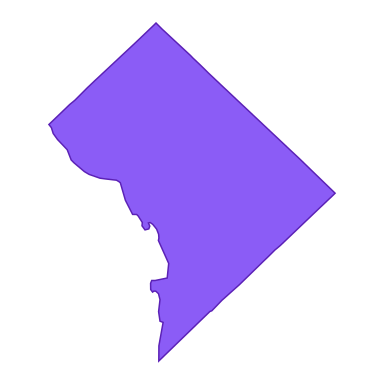 District of Columbia, District of Columbia, United States of America (Robinson projection)
{"feature_id": "52423323B55530972166869", "entity_name": "District of Columbia", "entity_type": "district", "adm_level": 2, "iso_a3": "USA", "parent_name": "United States of America", "parent_adm1": "District of Columbia", "projection": "robinson", "projection_center": [-77.036, 38.894], "detail": "fine", "context": "isolated", "style": "filled", "palette": "violet", "viewbox_px": 384, "rotation_deg": 0, "n_neighbors": 0, "source": "geoboundaries", "source_scale": "gbopen_adm2", "svg_char_len": 1077}
<svg xmlns="http://www.w3.org/2000/svg" viewBox="0 0 384 384"><path d="M48.9,124.5L51.4,127.7L53.2,133.5L57.6,139.6L67.2,149.7L71.2,160.0L74.2,163.0L84.4,171.6L89.1,174.4L100.0,178.2L105.2,178.9L116.5,180.2L119.0,181.7L120.3,182.7L125.4,200.3L132.6,214.4L136.7,214.5L138.2,216.0L142.3,222.5L142.0,225.8L145.0,229.9L148.8,228.9L149.8,226.1L148.4,223.0L150.1,222.5L152.7,224.3L152.9,224.5L156.6,229.1L158.6,234.2L158.9,238.0L158.4,240.5L168.4,262.8L168.7,263.4L167.2,278.0L155.1,280.5L151.7,280.5L151.3,281.5L150.6,283.3L150.7,289.6L152.6,292.1L153.9,291.1L155.8,291.2L158.5,293.7L160.0,299.7L158.6,311.6L160.0,321.2L163.1,322.4L158.9,345.8L158.8,361.0L178.6,341.8L209.9,311.5L211.8,310.8L221.8,300.4L239.7,284.4L263.6,261.1L268.8,256.1L274.8,250.1L280.3,245.5L320.4,207.2L321.6,206.1L333.2,195.1L335.1,193.2L310.4,169.3L300.1,159.3L290.8,150.6L222.8,86.6L208.4,73.0L208.3,72.9L200.5,65.2L193.0,58.1L190.6,55.6L162.4,29.4L156.0,23.0L154.0,25.0L138.0,40.3L114.4,62.4L95.1,80.4L87.4,87.7L74.8,100.3L69.7,104.5L48.9,124.5Z" fill="#8b5cf6" stroke="#5b21b6" stroke-width="1.5"/></svg>